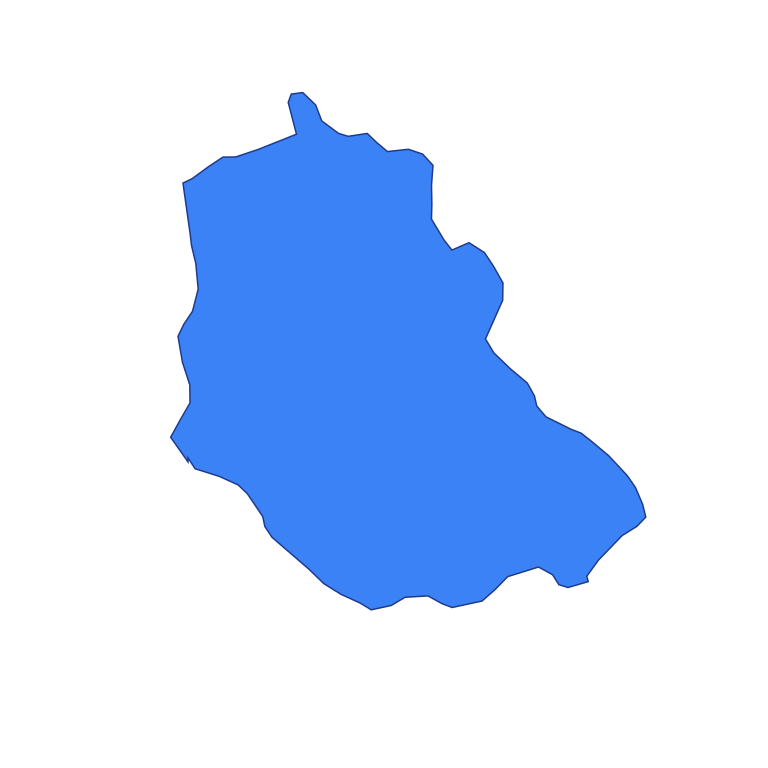 Yeongyang-gun, North Gyeongsang, South Korea, rotated 314°
{"feature_id": "91817680B35472999009946", "entity_name": "Yeongyang-gun", "entity_type": "district", "adm_level": 2, "iso_a3": "KOR", "parent_name": "South Korea", "parent_adm1": "North Gyeongsang", "projection": "orthographic", "projection_center": [129.155, 36.686], "detail": "fine", "context": "isolated", "style": "filled", "palette": "blue", "viewbox_px": 768, "rotation_deg": 314, "n_neighbors": 0, "source": "geoboundaries", "source_scale": "gbopen_adm2", "svg_char_len": 1249}
<svg xmlns="http://www.w3.org/2000/svg" viewBox="0 0 768 768"><g transform="rotate(314 384 384)"><path d="M388.9,99.8L357.0,140.7L350.0,149.2L340.1,164.7L323.2,184.4L303.4,195.7L287.9,198.5L275.2,202.7L259.7,223.8L248.4,245.0L235.6,257.6L218.7,261.8L197.5,267.5L191.8,297.1L194.7,294.3L191.8,307.0L203.1,329.6L210.1,349.3L210.1,362.1L204.4,388.9L198.7,397.3L195.9,410.1L198.6,458.1L198.6,479.3L202.8,499.1L209.8,518.9L212.1,529.0L212.6,531.6L229.6,543.0L245.2,547.3L262.1,562.8L266.3,578.4L270.6,588.3L296.0,605.3L313.0,606.7L331.4,606.8L359.7,622.3L363.9,637.9L361.1,649.2L365.4,657.7L383.7,668.2L386.6,663.4L406.4,660.6L440.4,660.6L457.4,664.8L470.1,664.8L477.2,653.5L484.3,636.5L487.1,622.3L488.5,595.4L487.0,574.2L485.6,560.0L481.4,550.1L472.9,523.3L474.3,509.1L479.9,500.6L484.2,486.5L482.7,463.9L482.7,441.3L486.9,425.7L526.7,411.2L539.3,399.4L544.7,381.3L548.3,365.0L544.7,347.0L527.5,339.8L529.3,327.1L535.6,303.6L546.4,293.7L560.0,280.1L575.3,267.4L576.2,252.1L569.8,238.5L553.6,225.0L552.6,210.6L552.6,197.9L537.3,186.2L532.7,177.2L530.0,156.5L537.2,141.1L537.2,123.1L528.2,115.9L520.0,119.5L502.9,147.5L465.0,130.4L444.3,119.6L435.3,110.5L419.0,106.9L398.3,103.3L388.9,99.8Z" fill="#3b82f6" stroke="#1e3a8a" stroke-width="1.5"/></g></svg>